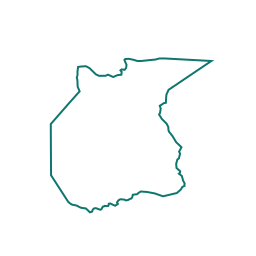 Barre Denis, Anse-la-Raye, Saint Lucia (Equal Earth projection), rotated 291°
{"feature_id": "8701671B57148125008640", "entity_name": "Barre Denis", "entity_type": "district", "adm_level": 2, "iso_a3": "LCA", "parent_name": "Saint Lucia", "parent_adm1": "Anse-la-Raye", "projection": "equal_earth", "projection_center": [-60.992, 13.968], "detail": "fine", "context": "isolated", "style": "outline", "palette": "teal", "viewbox_px": 256, "rotation_deg": 291, "n_neighbors": 0, "source": "geoboundaries", "source_scale": "gbopen_adm2", "svg_char_len": 1750}
<svg xmlns="http://www.w3.org/2000/svg" viewBox="0 0 256 256"><g transform="rotate(291 128 128)"><path d="M77.3,64.9L69.1,68.1L56.3,73.1L37.6,98.7L37.0,100.5L36.6,101.8L36.5,102.8L36.4,103.4L36.5,103.8L37.0,106.6L37.2,108.3L37.0,109.3L36.8,110.9L36.7,112.6L37.0,114.1L37.8,117.5L36.2,121.4L35.6,122.6L37.1,124.5L38.3,124.3L39.8,124.6L40.9,125.3L41.6,126.6L41.7,127.7L41.7,131.2L42.4,132.2L45.6,132.7L46.2,133.7L46.9,134.0L47.4,136.0L48.2,137.5L49.0,137.5L50.3,137.2L51.2,138.5L51.0,140.4L50.8,143.8L53.0,145.5L53.6,145.7L54.4,144.5L55.2,144.5L56.0,144.7L57.1,145.1L57.9,145.6L58.5,146.2L58.9,146.8L59.2,148.1L59.6,149.2L59.8,150.2L59.7,151.5L59.7,152.2L60.4,153.1L60.9,154.0L61.8,154.6L62.8,155.6L63.4,156.4L64.8,156.8L67.3,156.4L68.2,157.8L69.4,160.2L71.2,161.1L73.3,162.7L75.1,168.7L76.5,176.4L76.8,185.2L84.8,196.9L89.3,199.3L92.5,199.9L94.3,201.5L94.5,201.3L96.6,200.7L98.6,198.3L102.5,195.5L103.6,191.9L104.7,192.5L106.3,192.2L108.1,187.6L111.8,185.8L116.3,185.4L117.9,186.4L122.7,185.8L124.2,184.2L129.2,184.8L132.0,178.1L136.5,172.3L139.2,167.7L140.6,166.5L143.3,165.3L145.8,162.6L148.5,156.5L151.7,152.2L153.5,152.5L157.8,151.6L160.1,149.7L162.6,151.6L164.0,152.5L165.1,154.3L170.8,152.5L173.0,151.9L178.2,152.2L220.0,181.5L220.4,181.8L220.2,181.1L206.0,137.1L204.2,132.4L201.7,129.0L198.5,122.6L195.4,116.5L193.9,112.8L193.7,109.1L192.9,104.0L192.3,102.7L191.4,100.7L190.2,100.3L186.4,104.0L183.4,104.7L181.1,104.0L180.4,101.0L179.1,100.3L178.1,102.0L175.4,102.7L173.6,99.3L170.3,95.9L170.6,90.2L168.6,88.2L166.3,82.1L166.6,78.7L170.1,70.6L170.6,66.6L168.6,62.2L167.1,59.5L162.0,60.8L159.8,61.8L156.5,62.2L154.8,63.5L148.5,66.2L144.9,69.7L130.7,64.3L117.1,59.3L104.0,54.5L77.3,64.9Z" fill="none" stroke="#0f766e" stroke-width="2"/></g></svg>